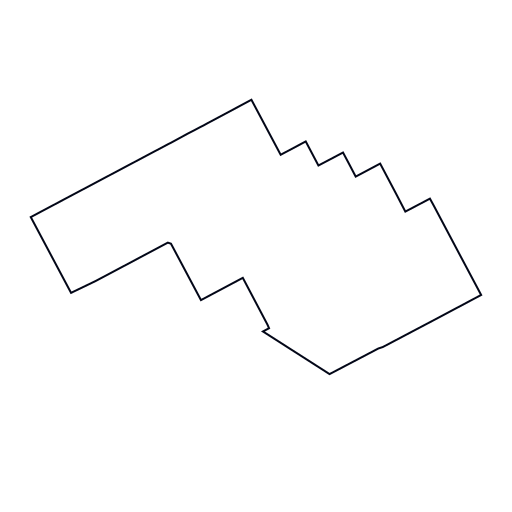 the district of Quay, New Mexico, United States of America, rotated 242°
{"feature_id": "52423323B94362729193346", "entity_name": "Quay", "entity_type": "district", "adm_level": 2, "iso_a3": "USA", "parent_name": "United States of America", "parent_adm1": "New Mexico", "projection": "natural_earth1", "projection_center": [-103.459, 35.172], "detail": "fine", "context": "isolated", "style": "outline", "palette": "ink", "viewbox_px": 512, "rotation_deg": 242, "n_neighbors": 0, "source": "geoboundaries", "source_scale": "gbopen_adm2", "svg_char_len": 704}
<svg xmlns="http://www.w3.org/2000/svg" viewBox="0 0 512 512"><g transform="rotate(242 256 256)"><path d="M162.4,436.5L216.7,436.6L225.0,436.5L225.1,408.7L243.3,408.9L279.3,409.0L279.3,381.3L292.9,381.4L306.5,381.4L306.6,353.6L333.8,353.7L333.8,325.3L396.1,325.3L396.0,275.8L395.9,270.9L396.0,267.6L396.0,265.3L396.0,264.7L396.0,260.0L396.1,253.9L396.1,252.8L396.1,252.6L396.1,252.4L396.0,243.3L395.9,233.9L396.0,231.1L396.1,112.6L396.1,75.4L310.3,75.4L309.2,103.0L309.2,153.3L309.2,184.4L306.8,186.7L242.9,186.7L242.9,234.1L189.9,233.9L186.1,233.6L186.1,226.7L117.2,265.5L117.1,284.2L116.9,320.6L116.1,325.2L115.9,381.0L115.9,436.5L162.4,436.5Z" fill="none" stroke="#020617" stroke-width="2"/></g></svg>